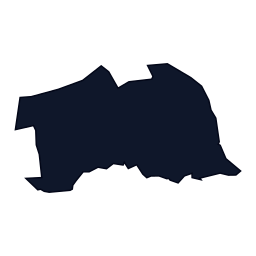 the district of Pembroke Lea-5, Dublin, Ireland
{"feature_id": "5873133B13038954384182", "entity_name": "Pembroke Lea-5", "entity_type": "district", "adm_level": 2, "iso_a3": "IRL", "parent_name": "Ireland", "parent_adm1": "Dublin", "projection": "equal_earth", "projection_center": [-6.232, 53.323], "detail": "fine", "context": "isolated", "style": "filled", "palette": "ink", "viewbox_px": 256, "rotation_deg": 0, "n_neighbors": 0, "source": "geoboundaries", "source_scale": "gbopen_adm2", "svg_char_len": 851}
<svg xmlns="http://www.w3.org/2000/svg" viewBox="0 0 256 256"><path d="M76.1,180.6L83.2,171.8L89.1,171.8L98.0,167.2L106.5,168.7L113.3,163.5L123.1,165.0L124.3,162.2L128.3,168.5L136.7,164.7L142.8,174.1L146.8,177.7L151.0,176.0L159.0,175.9L166.8,178.7L168.8,178.4L170.1,180.1L178.1,182.9L184.4,175.9L192.0,173.3L192.1,177.6L201.0,179.7L199.9,178.1L220.1,173.1L228.4,175.1L235.9,175.0L240.6,171.0L225.9,158.7L220.2,145.3L218.2,144.3L219.2,141.7L215.8,118.1L211.0,110.1L208.8,100.3L201.6,86.2L190.9,77.7L167.4,63.8L147.6,65.5L153.0,76.4L151.7,79.2L128.9,81.8L118.0,88.2L108.7,71.8L101.2,65.9L82.7,80.4L58.4,89.3L31.2,96.7L20.1,97.5L15.4,129.6L33.5,125.5L35.8,130.4L36.3,144.9L39.3,154.3L41.8,177.6L25.9,178.4L37.8,189.8L40.6,189.2L44.2,191.3L49.2,192.2L70.1,190.3L72.3,189.1L72.8,185.2L76.1,180.6Z" fill="#0f172a" stroke="#020617" stroke-width="1.5"/></svg>